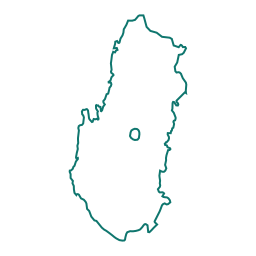 the district of Tshilenge, Kasaï-Oriental, Democratic Republic of the Congo
{"feature_id": "63176286B2433914913285", "entity_name": "Tshilenge", "entity_type": "district", "adm_level": 2, "iso_a3": "COD", "parent_name": "Democratic Republic of the Congo", "parent_adm1": "Kasaï-Oriental", "projection": "equal_earth", "projection_center": [23.644, -6.465], "detail": "fine", "context": "isolated", "style": "outline", "palette": "teal", "viewbox_px": 256, "rotation_deg": 0, "n_neighbors": 0, "source": "geoboundaries", "source_scale": "gbopen_adm2", "svg_char_len": 4598}
<svg xmlns="http://www.w3.org/2000/svg" viewBox="0 0 256 256"><path d="M76.3,195.0L76.6,194.3L77.8,194.1L78.9,194.7L81.0,198.4L83.8,199.7L85.6,201.8L86.4,203.5L87.1,208.9L89.2,211.0L91.3,216.6L94.4,220.4L96.4,220.9L101.8,227.6L103.9,229.4L104.3,229.7L106.1,230.7L109.0,232.8L112.0,235.1L114.3,237.0L116.1,238.3L119.4,240.1L122.3,240.6L124.2,240.5L125.0,239.7L125.4,237.3L126.3,233.9L127.3,232.2L130.1,231.2L132.9,231.3L135.9,230.9L138.5,230.2L140.2,229.4L142.2,227.2L143.4,225.5L144.5,224.3L145.7,224.1L147.5,225.3L148.2,232.0L149.4,232.2L151.3,230.4L152.6,229.0L153.7,227.8L157.1,224.5L155.5,222.9L154.8,222.2L154.6,221.4L159.7,211.3L160.0,210.5L160.5,209.3L162.0,205.3L163.2,204.0L164.3,203.6L164.7,203.4L166.5,204.4L166.9,204.4L168.1,204.1L169.8,202.7L170.3,202.3L170.2,201.7L170.1,201.3L169.8,200.2L168.4,198.3L166.9,197.4L164.6,197.2L164.4,197.1L163.5,197.0L162.4,196.3L163.9,193.8L164.1,193.4L163.9,193.2L162.7,192.3L159.7,192.4L158.8,191.6L158.2,189.9L158.1,189.7L157.9,189.2L159.9,186.8L160.1,185.8L160.2,185.4L159.8,183.3L160.1,180.7L159.6,177.5L159.4,175.7L160.1,170.7L162.1,171.7L163.9,171.8L164.9,171.0L165.3,170.6L166.3,168.3L165.1,164.9L166.1,160.3L166.0,158.0L166.5,155.2L168.1,150.1L168.8,150.1L169.5,150.0L169.9,149.6L170.0,149.6L170.4,149.1L170.1,148.3L167.5,147.2L166.9,145.5L166.2,145.2L165.1,144.9L165.1,144.7L164.8,143.8L165.6,142.9L166.0,142.3L166.5,142.4L167.0,141.8L167.2,141.6L168.5,140.1L168.7,139.2L168.8,139.1L169.0,138.3L168.9,137.1L168.9,136.9L168.7,136.5L168.6,136.4L167.7,134.6L167.7,134.1L167.8,133.1L170.7,133.2L171.1,131.1L171.3,131.0L171.3,130.9L171.8,130.6L172.2,128.8L172.2,128.6L172.2,128.4L173.3,127.7L173.4,127.2L174.1,124.0L173.9,123.2L173.7,122.7L173.4,121.9L173.5,121.7L173.6,121.3L173.8,120.8L174.6,120.5L175.1,120.3L175.6,118.7L175.6,118.0L175.6,117.9L175.6,117.5L173.8,112.8L171.9,110.4L172.4,108.8L172.6,103.0L172.9,102.5L172.9,102.4L173.1,101.9L173.3,101.9L174.0,102.0L176.3,105.4L176.8,105.4L177.8,105.5L177.9,105.3L178.0,105.2L178.3,104.6L178.0,103.4L176.6,101.9L176.5,100.9L176.5,100.7L184.9,92.3L186.0,93.0L185.9,92.4L185.8,90.7L186.3,84.7L186.2,84.0L186.1,83.8L185.9,82.6L182.8,78.2L181.2,74.4L181.2,74.2L181.0,73.8L179.8,72.6L179.3,72.4L178.5,72.2L176.5,72.5L176.2,72.1L175.4,71.3L174.7,66.7L177.2,62.5L178.8,54.9L180.3,54.6L182.1,54.2L183.8,52.7L183.9,52.4L184.7,50.9L186.0,48.3L185.2,47.0L182.9,47.1L182.0,45.7L181.4,45.1L180.6,44.9L178.7,47.2L174.4,45.7L173.7,45.5L171.8,38.9L171.4,38.7L169.7,37.7L162.0,36.8L156.7,32.7L150.4,30.9L146.6,26.9L144.3,18.3L143.4,15.4L139.5,15.4L138.3,16.0L136.5,18.2L135.0,19.9L132.4,20.6L132.2,20.7L128.1,20.6L126.7,24.1L126.3,25.0L126.2,25.2L125.6,26.2L124.7,27.8L123.8,29.2L123.4,32.7L122.8,34.5L122.5,35.4L122.0,36.2L120.5,38.6L119.5,42.5L119.3,42.7L118.9,43.0L118.2,42.8L117.3,41.3L117.1,41.0L115.3,41.7L115.1,43.9L113.8,48.3L116.8,48.0L117.5,49.9L116.0,50.6L115.0,52.4L113.9,52.1L113.2,51.8L113.0,52.5L112.7,53.2L112.0,54.9L111.4,59.8L110.9,63.4L111.6,69.8L111.3,70.7L111.0,71.5L111.2,72.7L112.2,73.5L113.3,74.4L113.5,75.1L111.5,77.2L110.8,79.5L110.4,80.6L108.6,81.9L108.7,82.5L110.9,82.7L111.0,83.1L111.4,84.2L111.0,85.7L110.9,86.0L109.5,87.8L109.3,89.0L109.2,89.5L108.2,93.6L106.6,94.2L105.0,99.0L103.3,101.1L103.4,101.7L103.5,102.6L104.8,104.5L103.2,106.6L102.1,110.3L101.3,111.2L101.0,111.1L100.9,111.0L100.7,109.0L100.4,106.9L99.8,106.8L99.1,106.7L98.7,106.2L98.0,105.4L97.4,105.6L96.6,105.7L96.4,105.2L96.0,105.4L96.0,107.2L96.1,108.6L97.1,110.2L97.9,111.4L97.4,112.7L97.5,114.3L97.6,115.1L97.9,116.4L98.5,118.3L98.5,118.7L98.4,119.4L97.9,119.6L97.5,119.3L96.8,118.8L95.4,119.3L94.4,119.1L93.7,119.0L92.6,121.8L91.9,122.0L89.5,119.3L89.0,118.1L88.5,113.8L88.4,113.7L88.0,110.4L86.8,109.1L86.2,109.3L85.7,109.4L84.8,109.9L83.4,109.8L83.0,109.8L82.6,110.4L81.9,111.5L82.0,112.4L82.1,113.2L82.2,114.3L83.2,115.4L83.9,117.4L83.6,119.9L83.2,123.4L82.6,124.2L82.0,124.9L80.3,125.2L79.9,125.3L79.5,125.6L78.8,126.1L78.5,127.3L78.3,128.0L78.8,130.1L78.9,130.5L78.0,138.0L78.0,139.6L78.2,143.0L77.4,145.6L77.4,146.1L77.8,149.0L76.8,152.9L76.5,154.6L76.0,157.3L76.3,158.3L77.8,157.9L77.9,158.9L77.8,159.1L75.9,161.5L74.5,165.8L74.1,166.2L73.5,166.7L73.2,167.5L72.7,168.9L71.4,170.1L70.9,170.5L69.8,170.6L69.7,171.5L69.7,171.9L70.6,174.1L70.6,176.0L70.6,178.0L72.9,181.0L72.8,181.3L72.5,183.3L73.8,186.0L73.9,189.2L74.1,190.5L74.5,192.9L76.3,195.0ZM133.1,129.4L134.7,128.8L136.9,129.0L138.2,129.9L138.8,130.8L139.3,132.3L139.4,134.3L139.2,135.8L138.9,138.0L137.5,139.7L134.9,140.0L133.1,139.4L131.0,137.8L130.0,136.0L130.6,132.4L131.4,130.5L133.1,129.4Z" fill="none" stroke="#0f766e" stroke-width="2"/></svg>